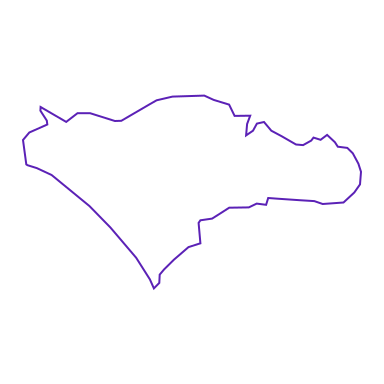 outline of Guidan-Roumdji, Maradi, Niger
{"feature_id": "23599985B37435064601183", "entity_name": "Guidan-Roumdji", "entity_type": "district", "adm_level": 2, "iso_a3": "NER", "parent_name": "Niger", "parent_adm1": "Maradi", "projection": "albers", "projection_center": [6.935, 13.581], "detail": "fine", "context": "isolated", "style": "outline", "palette": "violet", "viewbox_px": 384, "rotation_deg": 0, "n_neighbors": 0, "source": "geoboundaries", "source_scale": "gbopen_adm2", "svg_char_len": 949}
<svg xmlns="http://www.w3.org/2000/svg" viewBox="0 0 384 384"><path d="M23.0,140.0L26.3,164.4L27.5,165.2L36.8,168.1L51.6,175.0L89.4,206.0L110.4,227.5L136.2,257.8L149.9,279.4L153.9,288.4L159.3,282.9L159.7,274.6L164.1,269.4L173.9,259.7L188.5,247.1L200.4,243.3L198.6,222.9L200.4,220.3L212.1,218.6L217.8,215.0L229.2,207.7L248.8,207.4L256.7,203.6L266.1,204.8L268.2,198.0L277.6,198.7L299.6,200.2L314.3,201.1L322.7,204.0L343.5,202.5L354.3,192.5L360.0,184.4L361.0,171.8L358.4,163.7L352.8,153.3L347.3,147.9L337.8,146.7L334.9,142.2L327.1,134.9L320.6,139.8L313.5,137.6L311.2,140.6L303.1,145.1L296.0,144.5L281.6,136.2L271.3,130.7L264.0,122.0L256.9,123.6L253.0,130.7L246.1,135.4L247.1,124.0L250.2,115.7L234.6,115.9L229.1,104.6L213.7,99.9L204.3,95.6L172.5,96.6L156.6,100.3L150.3,103.9L121.3,120.8L114.9,121.0L90.1,113.2L77.5,113.2L66.2,121.9L40.6,107.0L40.4,110.7L46.8,120.6L47.3,124.5L29.3,132.5L23.0,140.0Z" fill="none" stroke="#5b21b6" stroke-width="2"/></svg>